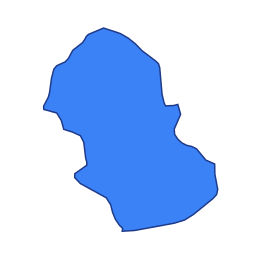 map outline of Gombe (orthographic projection), rotated 352°
{"feature_id": "NGA-2859", "entity_name": "Gombe", "entity_type": "State", "adm_level": 1, "iso_a3": "NGA", "parent_name": "Nigeria", "parent_adm1": "", "projection": "orthographic", "projection_center": [11.213, 10.454], "detail": "fine", "context": "isolated", "style": "filled", "palette": "blue", "viewbox_px": 256, "rotation_deg": 352, "n_neighbors": 0, "source": "natural_earth", "source_scale": "10m", "svg_char_len": 902}
<svg xmlns="http://www.w3.org/2000/svg" viewBox="0 0 256 256"><g transform="rotate(352 128 128)"><path d="M107.9,229.4L108.7,226.6L106.1,223.3L102.8,216.6L101.0,209.4L100.2,201.8L96.8,194.1L73.1,176.4L68.3,169.7L69.0,165.8L82.1,159.1L82.4,155.7L81.9,152.2L82.2,136.0L79.8,129.0L72.4,124.3L64.2,120.4L63.0,111.2L59.5,103.2L47.2,97.9L47.5,94.6L53.5,86.2L55.3,81.8L59.2,68.0L62.8,59.4L66.1,56.4L74.9,53.8L78.6,50.9L84.1,43.4L94.9,37.1L97.6,34.2L99.5,31.5L101.8,29.8L117.7,25.6L133.4,33.3L140.7,39.0L147.1,45.8L152.6,53.4L164.7,65.5L167.1,68.6L167.8,72.6L166.4,99.4L167.2,107.8L168.2,111.3L176.3,112.1L180.6,111.6L182.0,121.8L173.6,135.6L173.3,140.8L175.7,145.9L179.3,150.3L183.7,153.3L188.6,155.2L192.9,158.1L200.6,170.6L208.8,175.7L207.6,185.9L208.3,201.3L206.5,206.2L202.3,209.7L181.0,222.6L171.2,227.0L160.6,228.7L120.2,230.4L107.9,229.4Z" fill="#3b82f6" stroke="#1e3a8a" stroke-width="1.5"/></g></svg>